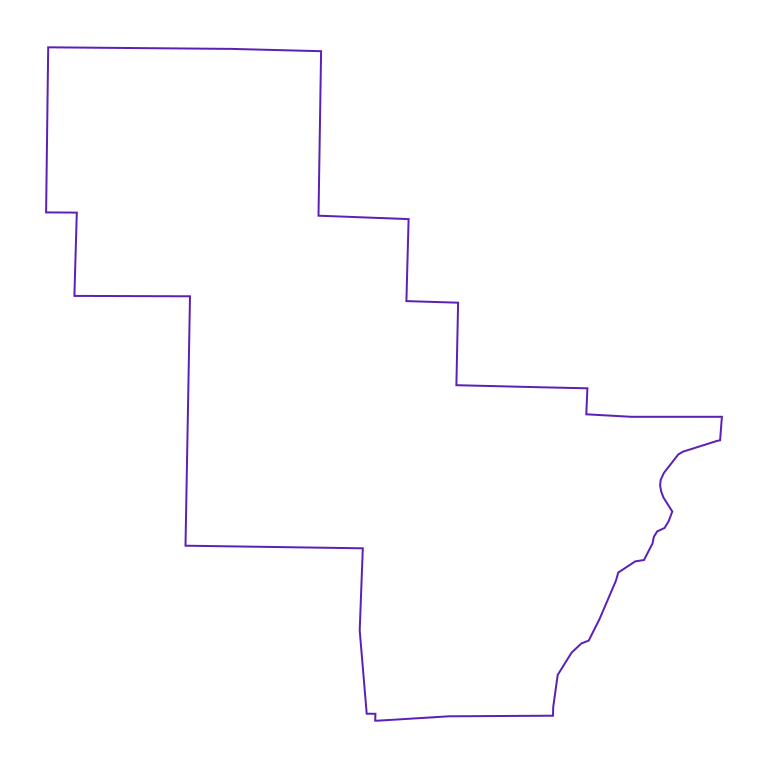 outline of Oconto, Wisconsin, United States of America
{"feature_id": "52423323B46591064068205", "entity_name": "Oconto", "entity_type": "district", "adm_level": 2, "iso_a3": "USA", "parent_name": "United States of America", "parent_adm1": "Wisconsin", "projection": "equal_earth", "projection_center": [-88.069, 45.026], "detail": "fine", "context": "isolated", "style": "outline", "palette": "violet", "viewbox_px": 768, "rotation_deg": 0, "n_neighbors": 0, "source": "geoboundaries", "source_scale": "gbopen_adm2", "svg_char_len": 744}
<svg xmlns="http://www.w3.org/2000/svg" viewBox="0 0 768 768"><path d="M185.5,545.7L362.8,548.3L359.7,630.4L366.7,713.7L375.4,713.8L375.2,720.7L377.6,720.7L448.9,716.3L553.0,715.7L553.2,707.1L557.7,674.9L571.6,652.6L581.3,643.5L588.7,640.6L599.5,619.1L615.9,580.8L618.3,572.5L635.2,561.4L644.0,560.0L652.5,543.5L653.9,536.7L657.2,531.4L664.5,528.0L668.6,521.3L672.3,511.5L663.6,497.8L661.2,491.6L660.1,485.5L660.7,479.9L663.9,472.9L678.3,454.4L683.1,451.6L717.0,440.9L720.1,440.3L721.9,416.8L631.2,416.8L586.3,414.3L587.4,388.3L542.3,387.3L456.4,385.2L458.1,302.7L406.4,301.1L408.6,219.1L318.5,215.7L321.1,51.2L231.4,48.9L48.2,47.3L46.1,212.4L76.8,212.6L74.4,295.9L190.0,296.3L185.5,545.7Z" fill="none" stroke="#5b21b6" stroke-width="2"/></svg>